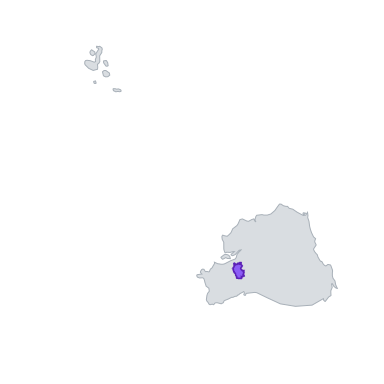 location of Cuenca, Azuay, Ecuador, rotated 45°
{"feature_id": "8360857B44277665484155", "entity_name": "Cuenca", "entity_type": "district", "adm_level": 2, "iso_a3": "ECU", "parent_name": "Ecuador", "parent_adm1": "Azuay", "projection": "albers", "projection_center": [-79.199, -2.836], "detail": "fine", "context": "in_parent", "style": "filled", "palette": "violet", "viewbox_px": 384, "rotation_deg": 45, "n_neighbors": 0, "source": "geoboundaries", "source_scale": "gbopen_adm2", "svg_char_len": 6913}
<svg xmlns="http://www.w3.org/2000/svg" viewBox="0 0 384 384"><g transform="rotate(45 192 192)"><path d="M362.9,157.4L361.8,158.1L358.9,158.4L356.7,157.7L355.8,157.7L355.7,158.4L358.6,160.3L360.0,163.7L362.1,165.7L363.4,166.8L363.4,167.5L363.0,168.8L362.9,169.9L363.6,175.1L363.1,175.4L361.6,175.4L360.3,174.5L356.9,187.1L346.0,199.7L333.6,208.6L319.4,213.8L309.0,217.4L307.3,218.7L302.2,225.1L302.0,225.7L302.7,226.8L302.7,227.5L302.0,227.9L301.3,228.0L301.0,227.6L300.8,226.9L300.1,226.1L299.3,225.8L298.8,226.0L298.8,226.7L297.7,230.2L297.7,231.8L297.2,232.5L297.3,234.0L296.2,235.4L295.4,237.6L294.5,238.4L293.4,241.9L291.9,245.4L291.7,246.7L292.2,247.5L292.4,248.2L291.7,250.4L288.1,252.5L287.1,253.6L286.7,254.7L287.0,255.7L286.8,256.6L285.7,256.9L284.5,258.9L283.6,259.3L281.3,258.7L279.6,258.6L278.3,258.0L275.7,254.6L274.7,252.6L274.4,249.9L271.9,248.1L268.5,248.6L267.5,248.0L265.1,246.8L263.0,245.5L261.4,244.8L260.2,245.1L258.2,247.4L256.3,248.3L255.5,248.3L254.3,247.6L254.1,246.9L257.0,243.0L254.8,242.9L254.1,242.1L254.0,241.1L253.7,240.1L254.1,238.9L255.2,238.2L256.8,238.7L258.0,238.7L258.7,237.6L260.3,236.7L260.6,236.1L259.8,234.2L259.5,233.2L259.8,232.6L259.7,230.6L259.2,229.8L259.2,228.7L258.8,228.0L258.6,226.6L257.5,225.8L261.0,224.5L262.2,223.5L263.7,222.5L265.1,221.0L265.9,219.6L268.0,213.1L269.9,208.9L269.6,207.0L268.0,204.3L267.6,200.3L267.8,199.1L267.6,198.2L266.5,199.9L266.8,205.7L265.8,208.3L264.5,208.9L263.7,208.5L264.1,204.2L263.2,205.0L261.6,207.9L259.1,210.0L259.0,210.7L258.3,211.6L256.4,210.8L254.9,209.9L250.0,205.1L246.8,204.1L244.8,202.5L244.4,201.8L244.2,200.8L246.2,199.8L248.2,198.4L248.4,195.5L248.3,193.1L246.8,189.2L247.5,184.0L247.1,181.9L245.4,177.6L246.7,175.4L251.2,173.8L252.7,172.8L253.7,169.3L254.7,167.3L256.8,168.1L258.4,168.0L256.2,167.2L254.5,164.2L254.2,162.7L257.5,158.5L259.3,157.4L261.5,155.2L263.3,151.8L263.7,146.5L263.0,142.7L262.4,138.7L263.5,137.6L266.3,137.1L268.5,135.8L269.7,134.6L272.3,134.8L275.4,132.9L280.4,132.0L287.3,129.9L288.8,128.0L288.1,124.7L290.7,126.7L291.9,128.3L295.4,130.0L299.6,133.2L302.3,134.8L305.4,136.3L309.7,137.8L312.4,137.6L313.5,140.0L314.5,140.7L317.0,141.5L317.3,141.8L318.2,146.2L318.8,146.8L320.9,147.5L323.6,147.8L324.7,147.7L327.0,148.9L330.6,149.9L331.9,150.0L332.5,149.9L332.7,149.4L333.8,149.5L335.4,150.1L337.6,150.2L339.0,149.6L339.3,147.2L339.9,146.7L341.5,145.7L342.3,145.9L346.6,147.9L347.4,148.6L348.5,150.0L350.5,152.0L352.7,153.3L356.0,153.8L359.2,156.0L362.9,157.4ZM28.3,155.8L29.6,157.2L30.4,161.0L34.6,165.0L35.2,167.3L34.8,168.3L35.0,168.7L37.0,170.3L38.4,172.0L36.2,175.9L31.5,177.6L26.5,177.6L25.5,177.2L24.1,175.7L23.8,174.4L24.6,173.1L27.2,171.1L31.1,169.3L31.6,168.0L30.0,166.7L28.9,164.2L26.3,162.4L25.0,156.9L24.2,156.6L22.5,157.4L21.7,156.7L21.5,156.4L23.3,155.1L23.7,154.2L26.4,153.8L27.6,154.5L28.3,155.8ZM48.1,172.3L47.0,172.3L43.7,170.3L43.9,168.3L45.2,167.0L49.4,166.3L51.2,167.5L51.0,169.9L49.6,171.6L48.5,172.0L48.1,172.3ZM261.5,217.2L261.1,218.0L259.2,217.9L258.6,217.7L259.1,213.8L259.6,212.6L261.2,211.4L262.6,210.8L264.3,210.9L266.2,212.0L264.0,214.0L262.3,214.5L261.5,217.2ZM25.2,166.0L23.1,166.4L21.3,165.7L20.6,164.6L20.4,162.9L20.5,162.4L24.4,161.7L25.7,163.1L25.7,165.2L25.2,166.0ZM67.3,175.0L64.8,175.9L63.4,175.1L63.3,174.6L64.6,173.3L66.0,172.6L67.1,171.1L69.3,170.2L70.0,170.4L70.4,170.7L70.6,171.2L69.8,172.4L68.5,173.2L67.3,175.0ZM43.0,163.2L42.0,163.8L38.1,163.1L36.8,161.9L37.8,160.3L38.6,159.6L41.0,160.2L43.4,162.0L43.0,163.2ZM46.3,184.2L45.5,184.2L44.3,183.3L45.2,181.7L46.8,182.5L47.3,183.2L46.3,184.2ZM287.1,128.9L285.9,129.0L285.4,128.0L286.8,126.9L287.3,126.7L287.1,128.9Z" fill="#d9dde1" stroke="#a8b0b8" stroke-width="1"/><path d="M286.7,214.2L286.4,214.2L286.2,213.9L286.3,213.5L286.3,213.4L286.3,213.2L286.2,213.1L286.1,212.9L285.9,212.6L285.7,212.5L285.7,212.4L285.4,212.5L285.3,212.4L285.4,212.2L285.1,212.0L285.1,211.9L285.0,211.7L284.8,211.4L284.7,211.3L284.7,211.2L284.4,211.0L284.2,211.1L283.9,211.3L283.9,211.2L283.8,211.3L283.6,211.4L283.5,211.5L283.6,211.8L283.6,212.0L283.4,212.1L283.2,212.0L283.1,211.9L282.9,211.9L282.6,211.8L282.4,211.8L282.2,211.8L282.1,212.1L281.8,212.1L281.7,212.0L281.6,211.9L281.4,211.8L281.2,211.9L280.9,211.9L280.7,211.9L280.5,211.7L280.4,211.6L280.4,211.4L280.2,211.2L280.1,210.9L280.1,210.4L280.0,210.2L280.0,209.8L280.0,209.7L279.9,209.4L280.0,209.4L279.9,209.1L279.8,208.8L279.8,208.7L279.7,208.7L279.4,208.6L279.2,208.5L278.8,208.6L278.6,208.6L278.3,208.5L278.0,208.6L277.7,208.7L277.4,208.5L277.4,208.4L277.3,208.2L277.2,208.0L277.2,207.8L277.1,207.6L277.0,207.3L276.9,207.2L276.7,207.2L276.7,207.3L276.5,207.2L276.4,207.2L276.2,207.5L276.2,207.8L276.4,207.9L276.3,208.3L276.5,208.5L276.3,208.6L276.2,208.6L276.3,208.7L276.2,208.7L276.3,208.8L276.2,208.9L276.2,209.0L276.3,209.2L276.3,209.3L276.6,209.5L276.4,209.6L276.1,209.4L275.9,209.3L275.6,209.3L275.4,209.3L275.3,209.5L275.5,209.8L275.3,209.8L275.4,210.0L275.1,210.1L275.2,210.3L275.1,210.5L274.9,210.4L274.7,210.4L274.7,210.5L274.8,210.7L274.8,210.8L275.1,211.2L275.0,211.3L275.0,211.5L274.9,211.5L274.7,211.5L274.4,211.6L274.2,211.5L274.3,211.6L274.4,211.8L274.3,212.0L274.2,212.0L273.9,212.2L273.9,212.3L273.8,212.2L273.7,212.3L273.5,212.2L273.4,212.1L273.5,212.2L273.4,212.2L273.5,212.3L273.4,212.3L273.2,212.4L272.9,212.4L272.9,212.5L272.8,212.4L272.7,212.4L272.6,212.5L272.4,212.6L272.2,212.6L272.1,212.8L272.2,213.0L272.3,213.1L272.4,213.4L272.9,213.4L273.1,213.4L273.7,213.3L273.9,213.7L273.9,213.8L274.1,213.7L274.2,213.8L274.0,214.1L274.1,214.4L274.0,214.5L274.3,214.7L274.3,214.9L274.4,215.0L274.6,215.1L274.7,215.3L274.6,215.5L274.5,215.9L274.5,216.0L274.8,216.2L274.7,216.4L275.1,216.6L275.2,216.8L275.3,217.2L275.6,217.3L275.8,217.4L275.7,217.5L275.8,217.5L275.7,217.5L275.8,217.6L276.2,217.8L276.5,218.1L276.8,218.3L277.1,218.4L277.3,218.5L277.6,218.4L277.8,218.7L278.1,218.5L278.3,218.8L278.5,219.0L279.1,219.2L279.4,219.2L279.6,219.0L279.7,218.9L279.8,218.8L280.3,219.0L280.7,219.1L280.9,219.3L281.1,219.4L281.3,219.6L281.6,219.9L282.0,220.1L282.3,220.1L282.6,220.0L282.9,220.0L283.0,220.0L283.4,220.6L283.6,220.6L283.9,220.5L284.0,220.7L284.0,220.9L284.2,221.0L284.3,221.1L284.5,221.3L284.8,221.2L285.0,221.0L285.0,220.8L285.1,220.7L285.3,220.6L285.5,220.5L285.7,220.4L285.8,220.4L285.9,220.2L286.1,220.2L286.3,219.9L286.4,219.7L286.5,219.7L286.8,219.4L287.1,219.3L287.2,219.2L287.3,219.0L287.3,218.9L287.4,218.7L287.5,218.7L287.8,218.5L287.6,218.3L287.6,218.2L287.8,218.0L287.7,217.9L287.9,217.8L288.0,217.7L287.9,217.5L287.9,217.4L287.7,217.3L287.3,217.1L287.2,216.9L286.9,216.7L287.0,216.6L286.9,216.6L287.0,216.5L287.0,216.4L287.1,216.2L287.2,215.9L287.3,215.8L287.3,215.7L287.5,215.2L287.8,215.0L288.0,215.0L288.2,214.9L288.3,214.8L288.3,214.6L288.2,214.6L288.1,214.4L287.9,214.4L287.7,214.2L287.6,214.3L287.4,214.3L287.2,214.3L286.9,214.3L286.9,214.2L286.7,214.2Z" fill="#8b5cf6" stroke="#5b21b6" stroke-width="1.5"/></g></svg>